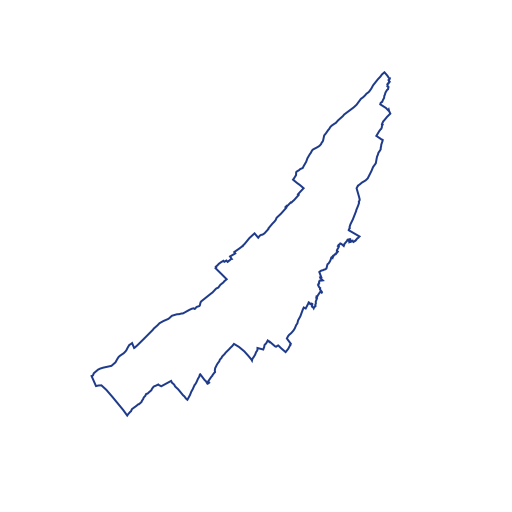 Huruiesti, Bacau, Romania (Albers equal-area conic projection), rotated 61°
{"feature_id": "2599482B81249023924976", "entity_name": "Huruiesti", "entity_type": "district", "adm_level": 2, "iso_a3": "ROU", "parent_name": "Romania", "parent_adm1": "Bacau", "projection": "albers", "projection_center": [27.233, 46.261], "detail": "fine", "context": "isolated", "style": "outline", "palette": "blue", "viewbox_px": 512, "rotation_deg": 61, "n_neighbors": 0, "source": "geoboundaries", "source_scale": "gbopen_adm2", "svg_char_len": 6073}
<svg xmlns="http://www.w3.org/2000/svg" viewBox="0 0 512 512"><g transform="rotate(61 256 256)"><path d="M333.1,446.0L332.4,444.6L331.4,441.8L331.2,440.6L330.1,439.2L329.7,438.4L329.1,433.3L328.6,430.7L328.9,430.2L328.2,427.0L327.3,425.9L326.5,424.2L325.3,422.7L324.6,420.5L323.5,419.2L323.5,418.4L323.8,417.6L323.2,415.3L322.7,412.7L321.7,411.3L320.7,409.0L320.6,408.4L320.9,406.3L321.0,403.8L321.5,403.7L324.0,402.0L324.1,390.8L326.2,390.9L327.9,390.2L329.3,389.9L330.9,390.0L334.8,388.7L342.5,387.3L344.0,386.7L346.5,386.4L348.1,385.9L348.5,385.7L345.5,381.0L343.4,378.5L341.8,375.9L339.0,372.2L338.9,371.6L337.7,369.5L335.2,366.2L334.0,364.1L332.4,362.5L332.4,362.1L339.5,361.1L341.3,360.5L344.2,360.4L344.3,360.3L344.1,358.5L343.0,358.9L342.8,358.4L342.4,358.5L340.0,353.6L339.5,352.1L338.8,351.3L338.7,350.7L338.1,349.6L337.7,348.1L336.3,347.6L334.4,346.2L332.1,342.9L331.2,341.3L330.4,339.3L329.1,337.8L328.5,335.8L327.5,334.3L326.5,330.9L325.8,329.4L324.6,325.0L323.9,323.0L323.3,320.6L322.2,317.9L327.2,315.0L333.6,312.5L339.6,311.1L344.5,310.2L345.5,310.2L344.1,308.9L343.3,307.1L341.8,304.5L340.1,302.5L339.3,300.8L338.6,300.1L337.2,299.3L341.3,295.0L339.4,292.8L338.1,291.8L337.8,291.3L337.4,289.6L335.6,286.7L337.7,286.0L337.5,285.6L344.3,283.1L345.1,282.4L344.9,280.6L345.0,279.9L349.0,278.7L354.4,276.7L353.3,274.0L352.7,272.6L351.3,270.6L350.6,269.1L350.1,269.1L349.7,268.1L343.1,269.0L341.6,266.7L341.0,265.2L340.6,263.0L340.1,261.4L339.3,259.3L338.2,257.3L335.8,254.2L335.0,252.5L332.7,250.4L330.2,246.4L325.6,241.1L324.2,239.2L326.0,238.0L322.9,233.3L322.1,232.4L322.4,232.2L323.2,232.7L324.0,231.9L324.6,231.7L325.1,231.0L324.5,230.6L325.2,230.0L326.3,230.7L327.0,231.5L328.0,231.4L328.4,230.9L329.7,230.9L329.3,230.4L329.1,229.5L328.6,228.9L328.6,228.2L327.3,227.7L326.7,226.8L324.8,225.8L322.6,223.2L321.8,223.6L320.7,222.6L321.2,222.1L320.4,221.0L318.5,217.2L319.3,216.5L319.9,216.3L319.6,215.8L316.1,216.2L315.7,216.0L315.2,215.4L313.7,215.9L311.5,215.8L311.4,215.2L310.8,215.1L310.3,213.8L309.4,213.6L308.4,212.3L309.3,210.5L309.7,209.4L306.4,210.4L305.8,210.3L306.2,209.2L300.7,208.4L300.4,206.5L300.6,205.2L300.9,204.4L300.9,203.2L301.2,202.2L301.2,201.1L301.0,200.4L297.9,197.5L297.6,195.9L296.4,193.7L294.9,191.9L293.9,191.0L293.8,190.7L294.9,190.1L294.7,189.9L294.4,190.0L293.3,188.9L293.2,188.5L293.7,188.4L293.3,187.8L292.7,185.7L293.1,185.6L293.1,185.3L292.3,184.0L292.4,183.5L291.8,182.3L290.8,182.9L290.5,182.7L289.6,181.6L289.2,180.7L288.1,179.1L287.1,179.5L286.9,178.8L286.9,178.5L286.7,178.4L286.5,178.6L286.3,178.3L286.3,177.8L286.5,177.8L286.2,176.6L285.9,176.3L286.0,176.0L287.3,175.3L289.8,174.4L288.9,173.3L288.4,173.0L286.9,169.1L286.2,168.1L286.2,167.8L286.2,167.5L286.4,167.3L286.8,165.5L287.1,165.4L287.7,165.6L287.7,165.9L288.0,166.3L288.0,167.0L287.8,167.1L287.7,167.6L288.7,167.3L289.2,167.6L289.3,166.8L289.4,166.4L289.6,166.3L289.6,165.9L289.3,165.0L289.4,164.1L290.4,164.2L291.0,164.0L290.7,161.9L290.9,161.9L290.9,161.6L290.5,161.1L290.5,160.6L290.2,160.3L290.2,159.9L289.7,159.0L289.7,157.9L289.1,156.0L278.4,162.4L277.8,161.9L277.1,160.4L276.1,160.2L274.1,158.1L270.9,153.5L265.1,146.5L264.6,146.2L261.4,142.2L259.5,140.1L258.4,139.8L257.6,138.5L256.8,137.9L254.7,137.3L245.6,135.2L245.0,134.5L244.2,132.9L243.9,132.8L243.7,130.6L243.1,127.5L243.1,125.3L243.0,123.5L242.3,120.7L237.6,113.8L234.9,110.4L233.0,106.3L227.9,102.1L226.5,100.3L225.0,98.8L223.8,96.3L223.0,95.1L221.9,94.5L220.6,93.3L219.4,92.5L216.6,89.4L215.8,88.9L214.9,89.7L209.3,92.5L206.5,87.6L205.6,85.6L205.5,84.8L204.5,83.6L203.4,82.9L202.5,81.6L201.9,82.0L201.1,81.1L199.8,79.2L199.7,78.6L197.8,73.8L196.6,69.5L193.6,69.3L192.1,68.9L192.5,69.8L189.5,70.6L183.6,73.8L182.6,72.8L182.3,71.6L182.4,70.9L181.2,69.5L179.8,67.3L178.1,66.1L177.6,65.3L175.8,63.5L174.3,60.9L174.2,59.8L172.5,58.2L171.4,58.8L171.2,58.4L169.6,58.0L169.2,57.3L169.5,57.2L169.3,56.5L169.1,56.2L168.9,55.6L168.2,55.2L168.3,54.6L166.4,54.8L166.1,53.4L165.7,53.0L165.6,53.3L162.6,53.7L162.2,53.6L157.6,54.6L158.3,57.9L159.4,60.2L160.5,63.7L163.5,70.9L165.5,74.0L167.1,77.4L167.4,78.7L167.6,80.7L168.4,82.7L169.1,85.4L169.4,88.0L172.5,94.8L173.4,98.6L175.0,110.3L175.8,112.3L177.1,118.2L178.4,122.0L178.3,122.9L178.7,126.7L179.2,128.4L180.5,130.7L180.7,131.5L182.8,135.8L183.6,137.9L187.6,141.4L188.3,142.4L188.6,143.4L189.7,144.9L190.3,146.6L190.5,147.6L190.6,149.9L190.5,154.0L190.6,155.0L190.9,155.8L192.5,158.3L193.0,159.5L195.5,163.7L197.9,166.4L200.4,170.6L201.7,172.5L201.4,175.2L201.8,176.8L201.9,179.7L202.3,180.3L204.7,181.8L206.6,185.3L207.2,186.6L212.8,184.4L213.0,184.2L215.7,183.0L219.8,181.5L221.4,186.5L222.4,189.4L223.3,189.1L225.6,195.7L225.9,197.3L226.4,199.0L226.4,199.4L226.0,199.6L227.5,204.7L227.0,204.9L227.5,206.5L228.5,206.2L231.1,213.6L232.4,218.8L232.6,219.5L234.1,221.4L234.8,223.1L235.7,226.1L237.6,231.0L237.9,231.8L238.4,232.0L240.3,237.6L240.5,239.9L240.0,241.3L240.0,242.3L240.3,243.4L241.1,245.2L235.5,246.3L237.1,253.0L240.0,260.3L240.6,262.7L241.0,262.9L240.9,263.7L241.4,267.1L242.0,273.1L243.7,272.9L243.8,278.9L246.7,278.7L246.5,279.1L247.1,281.6L247.0,282.2L247.3,282.8L247.4,283.7L245.6,284.1L245.6,284.8L245.8,286.4L245.6,286.6L244.4,286.8L244.5,289.8L244.8,292.3L245.4,294.0L245.9,296.3L246.5,296.2L247.0,297.3L262.1,292.9L262.8,296.4L263.1,296.8L263.3,297.4L263.9,301.1L265.4,304.4L265.2,305.4L265.2,306.8L266.8,311.7L267.1,313.9L269.1,325.8L269.6,326.9L272.0,329.1L272.3,329.8L271.8,332.5L271.9,333.1L272.6,335.0L272.5,335.4L271.5,335.9L271.0,337.7L270.8,340.6L270.8,347.8L270.2,349.0L269.6,351.4L268.6,353.5L267.5,358.5L268.4,362.3L268.5,363.2L268.0,368.5L268.0,373.0L268.9,375.8L269.9,380.5L270.6,382.1L273.5,392.1L276.5,402.7L277.4,406.7L277.4,407.2L272.1,406.6L272.3,407.9L272.4,410.0L273.9,412.6L275.6,415.1L276.2,416.5L276.9,418.8L277.3,423.3L277.7,425.1L279.0,427.5L280.9,430.5L282.0,435.7L279.6,443.7L278.9,447.1L278.9,448.1L278.8,449.1L279.9,454.7L281.2,456.2L281.4,456.7L281.3,458.0L292.2,459.0L292.9,456.5L294.2,453.9L300.5,451.8L309.6,449.9L326.4,446.8L333.1,446.0Z" fill="none" stroke="#1e3a8a" stroke-width="2"/></g></svg>